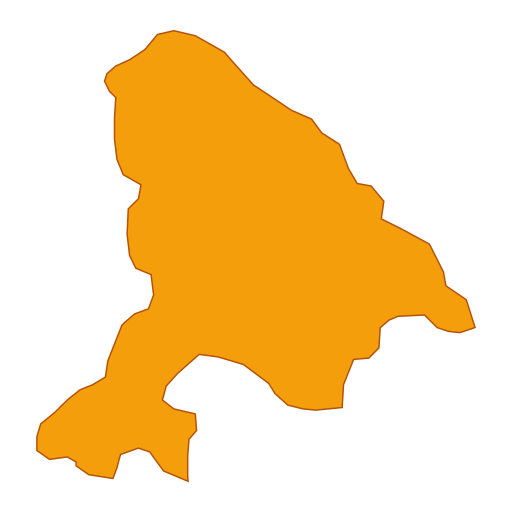 Cheonan-si, South Chungcheong, South Korea
{"feature_id": "91817680B50780672353800", "entity_name": "Cheonan-si", "entity_type": "district", "adm_level": 2, "iso_a3": "KOR", "parent_name": "South Korea", "parent_adm1": "South Chungcheong", "projection": "albers", "projection_center": [127.19, 36.798], "detail": "fine", "context": "isolated", "style": "filled", "palette": "amber", "viewbox_px": 512, "rotation_deg": 0, "n_neighbors": 0, "source": "geoboundaries", "source_scale": "gbopen_adm2", "svg_char_len": 1304}
<svg xmlns="http://www.w3.org/2000/svg" viewBox="0 0 512 512"><path d="M475.1,327.5L466.2,299.7L445.9,285.8L443.4,271.9L429.4,244.1L401.5,229.0L381.3,218.9L383.8,201.2L371.1,186.0L357.2,183.5L348.3,168.3L339.5,144.3L330.9,138.8L321.8,133.0L311.6,119.1L291.4,110.3L272.5,97.6L253.5,85.0L232.0,61.0L224.4,52.2L195.4,35.8L174.0,30.7L170.8,31.4L157.5,34.5L144.9,49.6L129.7,59.7L115.8,66.0L107.0,73.6L104.5,81.2L106.0,84.2L109.5,91.3L115.8,97.6L114.5,117.8L114.5,139.3L117.0,159.5L123.3,174.7L141.0,184.8L138.5,198.7L128.3,208.8L127.1,234.1L129.6,255.6L135.9,268.3L151.1,274.6L153.6,294.9L148.5,308.8L134.6,313.9L124.4,322.7L121.9,325.2L107.9,360.7L105.4,377.1L92.7,384.7L80.0,389.8L67.4,399.9L54.7,412.5L40.7,423.9L36.9,436.6L36.9,450.5L49.5,459.4L67.3,456.9L76.1,462.0L76.1,465.8L88.8,474.7L112.9,478.5L116.7,468.4L120.5,454.5L138.3,448.1L149.7,451.9L163.6,471.0L188.1,481.3L187.7,476.1L187.7,455.8L189.0,439.3L196.6,430.4L195.3,413.9L173.8,408.9L162.4,400.0L166.2,386.1L177.6,373.4L199.1,354.4L218.1,356.9L243.5,364.5L268.8,383.5L275.1,393.7L287.8,405.1L303.0,408.9L315.7,410.1L342.3,407.5L342.3,405.0L343.5,384.7L353.6,359.4L368.8,358.1L378.9,348.0L380.2,327.7L389.0,320.1L397.9,316.3L424.5,315.0L437.2,327.6L448.6,331.4L460.0,332.6L475.1,327.5Z" fill="#f59e0b" stroke="#b45309" stroke-width="1.5"/></svg>